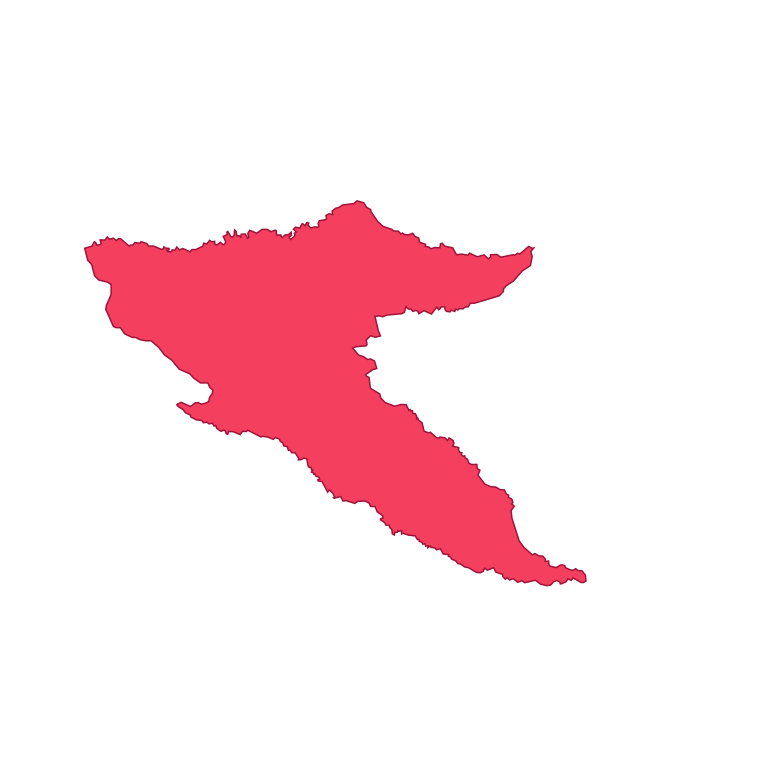 Piendamó, Cauca, Colombia, rotated 148°
{"feature_id": "7082276B51071963604741", "entity_name": "Piendamó", "entity_type": "district", "adm_level": 2, "iso_a3": "COL", "parent_name": "Colombia", "parent_adm1": "Cauca", "projection": "orthographic", "projection_center": [-76.57, 2.735], "detail": "fine", "context": "isolated", "style": "filled", "palette": "rose", "viewbox_px": 768, "rotation_deg": 148, "n_neighbors": 0, "source": "geoboundaries", "source_scale": "gbopen_adm2", "svg_char_len": 6171}
<svg xmlns="http://www.w3.org/2000/svg" viewBox="0 0 768 768"><g transform="rotate(148 384 384)"><path d="M565.9,657.7L569.7,645.8L568.6,640.2L572.1,629.0L570.7,623.2L564.7,617.1L562.6,613.0L568.1,604.4L578.0,597.6L580.3,594.9L583.0,576.2L581.3,573.7L577.8,571.5L577.3,563.9L573.0,557.1L569.8,554.9L567.7,551.2L563.1,546.9L558.6,544.1L555.6,534.4L554.8,525.1L551.3,516.6L549.8,505.1L543.2,495.3L542.3,489.9L539.0,482.1L532.8,478.3L533.6,473.1L532.2,469.8L534.6,467.0L539.2,464.9L541.9,462.0L545.4,462.3L549.7,463.8L551.3,466.5L553.8,468.0L560.1,467.5L565.7,475.9L569.8,476.4L570.8,476.1L570.4,473.8L568.0,469.0L567.6,464.7L564.7,460.4L565.1,458.1L562.3,453.3L557.7,449.3L557.7,446.8L554.6,445.7L553.5,442.9L550.3,441.6L550.4,438.4L548.6,437.7L549.4,435.5L548.1,431.7L547.1,430.1L544.7,430.0L543.4,428.8L544.2,425.5L543.3,424.1L540.8,426.0L537.1,423.4L532.8,417.3L529.2,418.8L525.7,416.6L524.1,417.1L516.4,404.3L514.5,403.9L510.3,400.2L507.3,395.8L504.5,396.1L501.8,392.6L502.4,390.4L501.0,387.9L501.8,384.6L499.3,382.2L500.2,378.3L498.6,377.4L498.7,374.7L495.8,372.6L495.7,366.0L496.8,365.1L494.3,363.7L491.4,363.6L489.1,361.6L491.9,354.4L491.4,352.6L490.1,352.0L491.0,349.3L490.1,348.7L492.2,347.7L491.0,346.1L491.4,344.7L490.2,344.2L490.6,342.0L488.6,339.5L488.8,337.5L490.9,337.9L491.2,336.6L488.2,334.0L489.1,322.2L486.5,323.1L485.3,318.5L485.7,314.6L487.1,314.4L486.7,313.5L480.4,311.5L480.8,306.5L478.1,305.3L472.0,298.2L468.6,298.4L462.8,295.3L460.8,292.9L459.8,290.7L460.2,287.2L456.5,284.8L457.5,279.3L455.0,273.0L455.7,271.0L458.3,271.6L458.9,270.7L456.8,265.8L457.2,263.3L454.4,261.6L455.2,259.2L454.5,256.3L456.4,252.6L455.2,250.4L453.7,252.5L451.3,251.3L450.1,252.3L449.6,251.1L446.8,250.5L448.5,247.5L447.0,247.4L443.3,242.8L438.0,238.7L438.1,234.3L436.6,233.5L437.5,231.9L435.8,229.7L436.0,227.7L433.9,226.8L434.6,224.4L432.4,223.5L433.6,222.0L430.6,222.1L430.8,220.6L427.8,218.1L427.3,215.6L423.5,214.4L423.8,208.4L419.6,205.1L420.7,203.7L419.1,201.9L419.6,199.9L416.9,196.0L416.5,192.5L414.4,190.8L412.7,186.3L409.7,183.4L405.3,175.1L402.2,172.8L399.1,172.6L396.3,174.4L394.9,171.3L388.4,170.1L388.8,165.2L384.4,159.7L385.2,157.7L384.6,154.1L382.1,154.6L381.4,151.2L377.6,150.5L375.6,144.9L371.4,144.2L369.9,140.9L359.5,137.3L357.4,131.4L352.7,126.6L349.1,125.2L345.2,126.4L341.6,125.8L339.8,122.7L340.5,121.2L339.8,120.6L334.6,119.8L331.2,121.2L329.3,118.3L326.4,119.4L322.2,111.4L320.2,110.0L317.1,109.9L314.5,115.2L315.1,120.7L318.2,122.8L319.4,125.8L322.4,125.8L324.4,127.6L327.4,131.9L327.0,134.2L328.5,136.0L330.2,136.9L335.3,137.1L339.6,141.4L339.8,143.7L338.2,146.6L341.3,148.1L339.9,150.0L340.6,154.0L343.7,156.1L345.9,160.2L348.7,160.5L351.8,170.8L352.6,179.0L346.7,202.2L343.3,209.3L338.2,211.4L339.3,214.6L337.5,215.2L336.6,218.6L338.5,221.9L337.3,223.6L338.5,225.9L338.1,230.5L341.6,233.0L343.8,237.4L347.9,240.3L351.5,245.6L352.6,256.9L348.3,260.1L349.8,262.8L347.9,266.6L352.5,269.4L354.0,271.9L353.1,275.9L354.3,278.4L353.6,280.3L355.3,280.9L355.9,282.9L354.4,284.4L355.9,285.8L355.9,288.3L354.3,290.5L358.8,294.9L356.3,296.4L355.3,299.4L357.4,303.8L360.1,302.4L360.8,306.0L364.7,309.4L365.8,308.9L367.8,310.3L370.2,318.5L372.2,319.1L375.0,322.7L372.3,330.9L373.9,335.3L373.5,336.9L374.8,337.2L373.6,338.4L373.1,342.2L375.3,344.0L374.0,346.3L375.5,347.2L375.5,348.5L376.8,348.4L376.2,354.8L380.6,357.7L386.6,359.4L393.0,367.8L394.1,374.0L392.9,377.8L397.8,387.6L393.2,397.5L394.8,400.0L394.6,401.7L385.9,402.1L381.9,401.0L379.9,408.5L382.2,412.4L384.8,413.4L386.8,417.8L390.2,422.0L391.6,431.0L388.1,430.5L379.2,425.9L377.5,426.4L375.7,430.8L369.8,432.0L366.5,428.2L361.5,426.6L360.6,432.3L355.8,446.2L352.3,444.5L349.4,441.7L345.2,441.0L331.5,434.1L328.7,434.0L324.4,438.0L323.6,434.6L321.3,433.2L321.1,430.3L318.2,429.6L316.7,427.7L317.3,425.2L311.3,425.0L306.7,418.2L298.4,421.2L298.3,418.1L296.2,418.1L295.3,419.2L293.1,418.3L291.6,417.0L292.9,414.3L292.4,412.4L289.8,410.2L287.8,410.9L285.5,408.0L283.7,409.6L282.2,407.7L280.0,408.0L277.3,405.9L274.3,406.3L271.7,404.8L268.0,406.8L264.3,404.5L239.3,397.7L233.7,399.2L232.2,401.3L228.5,402.5L219.9,402.7L207.0,406.6L197.0,406.9L190.7,413.7L189.3,418.5L185.0,420.0L186.6,420.7L188.3,424.0L199.6,422.3L201.7,424.1L204.9,423.9L205.9,425.1L217.8,429.7L219.6,434.0L224.6,436.9L225.4,437.1L226.1,435.3L229.2,434.9L230.7,440.5L237.4,442.4L242.1,449.6L244.6,448.8L249.1,452.8L254.0,455.3L253.6,463.1L259.3,468.5L260.1,472.5L261.8,473.0L264.4,469.9L268.7,472.9L272.6,473.8L273.3,476.3L276.0,478.7L274.7,480.4L278.7,485.4L277.2,489.4L279.5,492.7L279.9,496.7L284.0,497.4L287.3,499.8L288.4,502.2L290.2,502.5L290.9,506.1L294.8,508.8L295.3,510.9L301.2,518.0L303.2,524.9L303.7,536.9L302.9,539.1L305.2,543.0L305.1,548.4L309.8,553.6L313.9,553.0L324.2,557.7L328.5,557.6L332.1,558.7L336.4,558.1L337.8,554.9L340.5,557.5L343.9,557.7L345.0,554.8L346.3,554.3L352.2,556.7L354.8,555.1L355.8,552.2L357.4,552.1L359.1,553.8L363.5,555.3L364.3,559.2L362.5,560.4L363.0,561.2L364.2,561.7L367.0,560.1L368.0,562.9L369.0,563.2L372.8,560.8L375.9,563.9L378.8,563.2L377.8,559.3L380.2,559.3L380.5,557.5L381.9,556.7L386.6,556.0L386.7,559.1L383.8,559.0L382.3,561.9L385.9,561.3L388.9,562.8L392.3,562.3L393.1,563.1L392.5,565.1L396.1,567.2L394.1,571.1L394.7,572.1L399.1,573.1L401.0,576.9L405.3,579.7L412.0,579.4L416.5,585.5L419.7,583.9L421.0,580.0L422.5,579.9L422.1,584.6L425.7,586.7L427.6,584.4L428.3,586.6L430.2,587.6L428.5,591.9L429.1,593.9L432.4,589.4L434.4,588.9L435.8,590.2L435.6,596.1L436.7,596.1L437.8,593.8L442.1,594.4L442.9,588.5L445.0,587.0L446.6,587.5L447.7,590.8L452.4,590.6L453.3,592.5L452.0,594.7L454.8,595.9L455.7,598.2L460.1,596.7L462.3,599.0L464.3,596.9L472.2,597.7L475.7,599.8L478.3,598.8L482.8,605.5L486.3,606.1L487.2,610.0L490.5,608.2L492.4,610.0L494.1,608.8L497.3,610.9L497.4,612.4L495.3,611.7L494.4,612.8L497.5,615.3L497.9,616.9L500.0,615.6L501.6,616.3L506.2,623.0L510.4,625.6L510.8,628.9L514.5,633.4L516.5,632.8L520.3,636.0L523.1,634.9L525.5,636.2L527.0,635.8L530.3,646.5L532.1,647.9L535.0,647.6L536.4,651.2L540.1,652.2L540.7,655.3L544.4,654.0L548.4,656.6L549.5,653.1L551.2,652.6L554.0,654.1L553.5,656.9L554.3,658.1L558.7,655.7L565.9,657.7Z" fill="#f43f5e" stroke="#9f1239" stroke-width="1.5"/></g></svg>